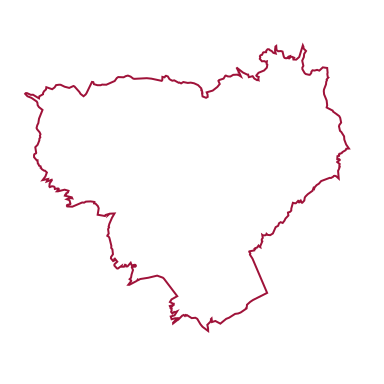 Zapotlán el Grande, Jalisco, Mexico, rotated 356°
{"feature_id": "50627088B58875742455013", "entity_name": "Zapotlán el Grande", "entity_type": "district", "adm_level": 2, "iso_a3": "MEX", "parent_name": "Mexico", "parent_adm1": "Jalisco", "projection": "albers", "projection_center": [-103.511, 19.698], "detail": "fine", "context": "isolated", "style": "outline", "palette": "rose", "viewbox_px": 384, "rotation_deg": 356, "n_neighbors": 0, "source": "geoboundaries", "source_scale": "gbopen_adm2", "svg_char_len": 5863}
<svg xmlns="http://www.w3.org/2000/svg" viewBox="0 0 384 384"><g transform="rotate(356 192 192)"><path d="M312.8,53.4L308.4,64.8L305.2,67.2L302.4,66.9L302.3,65.9L303.1,65.1L301.1,64.1L300.1,64.0L298.3,65.5L297.6,65.3L299.1,64.1L299.3,63.3L297.7,63.7L296.3,64.9L295.2,65.2L293.7,64.7L293.0,63.4L292.1,58.2L290.5,57.6L287.8,57.6L286.2,56.3L286.2,52.2L285.4,52.7L284.8,55.8L284.7,57.3L285.2,59.7L282.9,58.9L281.3,56.9L279.6,56.0L278.7,55.0L277.3,54.9L275.9,56.3L275.7,57.7L273.2,57.6L272.6,57.9L271.5,60.0L269.9,60.4L269.2,61.3L269.5,62.6L268.9,63.9L270.9,66.5L273.3,66.5L274.3,67.2L275.8,66.9L275.3,69.3L276.0,70.1L275.8,71.3L275.3,73.2L272.4,75.8L266.7,77.7L264.3,80.2L264.6,81.0L266.6,81.9L266.1,83.4L266.2,85.1L265.5,84.7L264.8,85.0L262.1,83.2L260.6,80.7L256.7,81.4L256.2,78.8L255.4,78.8L251.2,76.4L245.1,70.9L246.9,75.3L246.9,76.1L247.4,76.1L248.9,80.2L246.8,78.7L245.1,78.1L241.3,78.0L238.3,79.5L235.8,79.2L233.9,78.2L233.3,78.4L231.4,81.1L226.9,82.2L226.1,83.0L227.2,86.2L224.6,89.0L219.7,92.3L213.6,93.6L214.3,95.7L214.3,98.2L212.6,99.0L209.2,97.4L208.9,94.1L209.3,94.0L209.2,92.8L208.9,91.1L208.4,91.1L208.5,89.3L205.5,85.8L201.7,83.7L198.4,82.8L195.4,82.9L191.0,81.7L188.7,82.9L187.0,81.9L186.3,82.1L182.1,79.4L180.1,79.6L178.3,78.5L177.3,77.7L176.0,75.1L174.3,74.3L173.8,74.3L172.6,75.7L170.5,75.1L170.2,78.1L169.5,79.0L159.4,76.1L154.8,75.3L142.4,75.1L141.3,74.8L138.8,72.6L136.2,71.4L134.0,71.8L131.8,72.8L126.4,72.2L124.9,73.1L122.6,75.9L114.0,79.0L109.8,78.6L108.3,79.1L105.2,78.9L101.7,77.6L101.2,75.5L99.9,75.2L93.7,86.0L92.7,87.3L90.5,88.9L87.7,86.4L86.6,84.3L82.1,78.5L81.1,78.0L76.8,79.6L72.3,78.1L68.5,75.9L67.0,75.7L63.9,75.9L62.2,78.1L59.7,79.7L54.0,77.3L53.5,79.5L51.3,81.3L50.3,83.0L50.2,84.1L46.4,85.9L45.9,87.9L40.2,83.9L37.9,83.8L34.2,81.8L33.0,81.8L32.4,82.4L34.5,85.0L38.4,86.9L43.4,90.9L44.0,92.2L44.1,94.6L45.2,96.6L48.6,99.7L44.5,108.2L43.5,112.6L42.3,114.6L41.4,117.3L41.9,118.7L44.1,121.7L44.9,123.8L44.2,125.2L44.5,126.9L43.5,128.1L43.3,129.9L41.3,134.1L38.8,136.4L39.3,142.1L39.1,142.5L37.5,143.2L37.0,144.1L36.9,146.3L39.4,149.7L40.1,149.6L40.2,152.9L40.9,153.6L41.2,155.0L42.8,155.9L42.7,157.3L43.2,157.4L43.7,158.7L45.8,160.3L46.8,160.5L48.6,162.4L46.8,166.3L43.8,169.7L49.2,169.0L47.9,171.4L52.9,170.0L53.0,170.5L50.6,173.5L50.1,176.6L50.5,177.2L52.7,176.5L54.5,176.9L55.3,177.7L55.4,179.4L58.6,179.1L59.2,179.4L59.3,179.9L57.3,181.9L58.2,182.0L65.1,180.8L68.9,182.2L68.2,183.8L66.4,184.6L66.4,185.3L65.4,185.8L64.9,186.8L71.7,188.9L72.1,190.0L69.6,189.3L66.6,190.5L69.2,191.6L69.9,195.2L69.7,195.6L66.6,196.2L66.2,197.1L66.5,197.7L71.6,198.3L81.7,194.8L83.6,195.1L85.5,194.2L90.2,194.3L93.9,195.1L93.5,196.5L94.9,196.8L97.1,199.5L97.8,201.7L96.3,208.1L103.5,209.9L104.1,208.9L106.8,208.3L106.4,209.4L108.4,207.9L113.2,208.0L110.4,212.1L107.3,218.1L106.4,220.8L106.8,221.4L105.7,223.2L106.0,227.7L104.5,229.5L104.5,230.0L105.7,230.6L106.4,232.0L107.8,240.1L107.5,242.1L108.6,243.7L108.8,248.6L106.7,251.2L106.5,252.6L108.5,255.4L109.7,254.9L109.7,253.6L110.4,253.1L112.6,256.3L109.9,258.4L109.4,259.3L109.5,260.1L111.8,263.0L112.7,263.2L116.5,260.8L116.2,261.6L118.9,261.8L120.1,259.9L120.8,260.1L121.2,261.7L122.5,261.7L125.9,258.3L126.8,261.1L129.6,260.6L130.5,260.8L130.9,261.8L130.3,262.5L127.0,262.5L126.7,262.9L127.7,265.7L125.9,270.3L125.2,273.3L123.7,274.6L125.0,275.8L125.2,276.5L122.0,280.1L123.1,280.2L130.8,276.8L131.8,275.5L132.4,276.1L134.3,275.2L142.4,274.5L151.4,273.0L156.9,275.4L157.9,276.4L170.0,294.9L164.1,297.7L162.3,300.2L165.3,302.1L166.0,302.2L165.9,303.3L161.9,304.2L162.0,304.6L164.1,304.8L162.6,306.3L163.6,307.2L163.2,307.7L163.4,309.1L162.8,310.1L163.9,311.8L165.9,310.4L166.6,310.8L168.8,310.0L166.0,313.8L162.1,314.7L162.8,317.5L166.2,316.8L168.5,316.9L164.0,321.1L164.0,321.8L168.4,318.8L169.0,317.5L169.6,318.2L173.6,314.7L175.2,314.1L176.3,315.2L177.1,314.3L177.9,314.9L178.4,314.5L182.9,317.8L186.6,317.7L188.4,318.9L191.2,324.5L193.1,327.2L198.4,331.8L198.5,329.0L198.0,325.6L201.3,322.7L202.1,321.0L202.0,320.1L202.7,319.5L202.9,323.1L206.3,322.3L211.1,325.3L217.3,320.9L220.2,320.0L226.5,316.6L229.6,316.4L232.1,315.6L238.1,312.1L237.8,311.7L238.6,310.7L239.0,308.3L242.5,305.6L245.3,304.0L259.9,297.9L247.7,262.7L245.4,258.5L245.9,257.3L244.9,255.6L245.1,255.2L250.1,254.6L250.3,253.2L251.1,253.2L251.2,252.4L253.0,252.0L254.6,250.1L255.2,251.0L256.3,251.8L256.2,251.0L258.7,246.1L258.2,245.7L258.3,244.1L259.4,242.7L259.1,239.7L259.7,240.2L261.9,240.3L262.9,240.0L263.4,238.9L264.6,240.1L267.0,240.5L269.8,239.0L273.0,232.9L275.6,231.7L276.6,229.3L278.3,228.3L280.3,229.2L282.2,227.1L283.4,225.0L286.5,222.2L286.3,219.2L288.5,218.6L289.7,217.5L289.9,215.5L291.9,209.8L294.1,210.5L294.9,210.4L297.4,208.2L297.6,207.4L297.9,209.7L298.5,209.8L299.9,208.2L300.7,210.3L301.3,210.4L303.4,208.4L304.1,205.5L304.8,204.5L307.3,202.3L312.3,199.2L313.5,196.5L314.1,197.3L314.6,196.0L316.8,193.8L319.1,192.6L321.6,190.1L330.3,187.5L331.6,187.7L333.8,186.7L334.6,185.9L335.6,185.8L337.0,186.4L339.3,188.8L339.2,181.1L340.5,178.8L340.6,177.4L341.2,177.1L340.8,175.5L341.3,174.4L338.9,172.2L339.3,171.6L340.2,171.5L340.6,170.8L341.5,170.6L341.6,170.0L340.9,169.4L339.2,169.2L339.6,166.4L341.2,166.2L341.2,164.8L341.8,164.7L341.9,164.1L344.0,163.7L344.8,162.7L348.2,161.0L348.9,159.6L351.6,159.6L349.1,155.4L347.6,150.4L347.6,147.1L345.1,142.5L343.9,141.3L343.2,136.7L343.7,135.4L345.6,133.2L345.0,128.4L344.2,126.6L338.4,121.7L338.0,120.6L332.2,117.1L332.9,115.0L332.7,110.1L330.6,103.8L330.5,100.6L330.8,99.0L333.2,93.9L333.6,91.4L334.4,89.9L334.2,89.1L335.9,87.4L335.5,87.2L335.2,83.7L335.6,82.6L335.5,77.7L331.2,76.8L327.5,79.8L325.3,78.9L322.7,79.4L320.7,79.0L319.5,80.3L319.3,81.5L318.0,83.1L317.2,83.3L313.8,82.3L312.7,81.3L310.7,77.2L310.7,75.7L311.9,73.9L311.1,68.7L313.0,65.2L313.5,62.1L315.6,59.3L313.3,56.6L313.3,54.8L312.8,53.4Z" fill="none" stroke="#9f1239" stroke-width="2"/></g></svg>